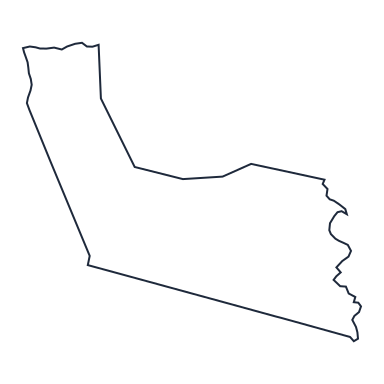 outline of Bernardo do Mearim, Maranhão, Brazil
{"feature_id": "56859067B26424941839767", "entity_name": "Bernardo do Mearim", "entity_type": "district", "adm_level": 2, "iso_a3": "BRA", "parent_name": "Brazil", "parent_adm1": "Maranhão", "projection": "mercator", "projection_center": [-44.665, -4.668], "detail": "fine", "context": "isolated", "style": "outline", "palette": "slate", "viewbox_px": 384, "rotation_deg": 0, "n_neighbors": 0, "source": "geoboundaries", "source_scale": "gbopen_adm2", "svg_char_len": 1011}
<svg xmlns="http://www.w3.org/2000/svg" viewBox="0 0 384 384"><path d="M98.6,44.8L92.5,46.7L86.9,46.5L82.0,42.8L75.1,43.8L67.1,46.5L61.8,49.5L54.1,47.6L46.5,48.6L39.9,48.5L35.6,47.3L29.8,46.5L23.0,48.1L24.1,52.4L25.7,56.8L27.6,62.3L28.3,67.5L28.9,73.3L30.8,79.0L31.7,84.8L30.5,90.5L28.0,97.5L26.9,103.1L29.4,109.9L50.4,161.3L89.7,255.9L87.8,265.1L118.7,273.5L223.0,302.0L275.8,316.5L280.9,317.8L350.1,337.0L353.8,341.2L358.0,338.7L357.4,332.3L356.0,327.0L352.3,319.9L354.4,315.9L359.0,312.1L361.0,306.4L358.3,302.7L353.8,302.2L355.3,297.0L348.7,293.5L345.9,286.6L340.2,286.2L333.6,279.9L336.3,276.3L340.7,272.4L336.4,267.4L342.3,261.0L348.5,256.6L351.0,250.9L347.8,244.9L343.6,242.9L338.9,240.8L335.4,238.7L330.9,234.1L329.3,230.2L330.0,223.2L334.3,216.1L337.5,212.2L341.6,211.2L346.8,214.2L345.3,209.1L339.3,204.4L333.8,200.7L329.7,199.3L326.5,195.7L327.5,189.0L322.7,184.0L324.5,179.7L251.1,163.9L222.6,176.6L182.9,179.1L134.7,167.0L100.9,98.5L98.6,44.8Z" fill="none" stroke="#1e293b" stroke-width="2"/></svg>